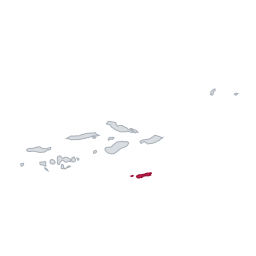 Rennell-Bellona, Rennell and Bellona, Solomon Islands shown in context, rotated 319°
{"feature_id": "97153195B87172178268345", "entity_name": "Rennell-Bellona", "entity_type": "district", "adm_level": 2, "iso_a3": "SLB", "parent_name": "Solomon Islands", "parent_adm1": "Rennell and Bellona", "projection": "mercator", "projection_center": [160.218, -11.577], "detail": "fine", "context": "in_parent", "style": "filled", "palette": "rose", "viewbox_px": 256, "rotation_deg": 319, "n_neighbors": 0, "source": "geoboundaries", "source_scale": "gbopen_adm2", "svg_char_len": 5660}
<svg xmlns="http://www.w3.org/2000/svg" viewBox="0 0 256 256"><g transform="rotate(319 128 128)"><path d="M98.8,128.3L103.0,131.4L104.8,131.1L110.2,131.2L113.4,133.4L115.3,134.4L116.3,136.3L117.6,136.8L118.4,137.8L118.9,139.6L116.9,140.5L115.7,140.8L112.6,140.2L109.6,138.8L103.6,138.6L100.8,138.2L99.8,137.7L98.9,137.0L97.5,135.3L96.4,133.3L96.2,132.1L96.2,129.9L96.5,129.1L97.6,128.3L98.8,128.3ZM117.6,110.1L122.3,115.8L122.1,116.8L121.4,117.4L121.3,119.3L121.8,120.1L123.1,120.4L125.3,122.4L126.2,125.7L127.1,126.8L127.2,129.2L129.2,132.5L129.4,134.1L129.2,134.8L128.3,134.4L125.9,130.6L123.1,129.0L122.8,128.3L119.9,126.1L118.0,122.5L116.0,115.9L116.9,114.4L114.6,111.2L114.7,110.4L116.4,110.5L116.7,110.2L117.6,110.1ZM100.7,113.0L101.3,114.7L98.8,113.2L96.9,111.2L91.4,109.1L90.2,108.0L89.2,107.9L86.4,106.1L83.7,104.9L81.6,102.8L80.6,102.4L78.9,100.7L77.2,99.6L76.6,97.6L75.0,96.2L74.6,95.5L79.8,96.7L82.2,98.9L84.2,100.2L84.9,101.1L86.8,102.3L88.5,102.4L90.1,103.7L91.7,104.1L92.9,104.7L100.6,110.4L99.7,111.9L100.7,113.0ZM135.7,149.6L138.1,150.7L139.5,150.5L141.5,151.3L143.1,150.8L144.0,151.8L146.5,155.7L146.5,157.0L148.1,157.9L146.7,158.1L144.9,157.6L143.4,157.9L141.9,157.2L139.3,156.8L137.1,155.9L132.4,153.0L132.4,151.6L131.7,150.9L131.4,149.1L129.8,148.5L127.8,148.4L127.7,147.6L128.0,146.1L129.5,146.1L131.2,146.7L135.7,149.6ZM56.3,91.5L56.9,92.1L55.5,93.3L53.6,92.7L53.1,91.7L51.8,91.9L49.1,91.3L45.4,88.6L41.5,83.5L37.7,80.7L37.0,79.8L36.9,78.4L37.4,77.8L39.8,78.4L42.8,80.8L47.8,83.2L49.1,84.4L50.0,87.4L50.8,88.3L53.5,90.5L56.3,91.5ZM61.5,108.8L62.7,110.3L64.1,113.8L63.8,115.0L62.8,115.0L62.6,115.8L61.3,114.1L59.5,113.6L58.2,112.6L57.7,109.3L56.7,109.1L53.8,109.4L52.9,110.5L51.6,110.1L51.3,109.1L51.5,108.2L53.2,107.2L53.6,106.0L55.3,103.9L56.4,103.5L58.4,104.3L58.7,107.3L59.4,108.3L61.5,108.8ZM114.3,176.6L113.0,177.2L111.8,176.9L110.9,176.4L110.2,174.9L108.6,174.0L106.3,173.6L105.2,172.7L103.6,172.4L103.1,171.6L103.3,170.8L103.5,170.3L105.0,170.7L112.0,174.6L114.3,176.6ZM41.3,102.7L41.0,103.0L40.3,101.9L39.9,101.6L39.9,100.5L38.0,98.6L37.9,97.3L39.0,96.1L40.4,96.8L41.9,98.4L43.6,98.9L43.3,100.0L41.7,101.8L41.3,102.7ZM50.8,105.7L50.0,106.5L48.0,106.4L46.4,104.4L46.4,103.0L47.6,101.7L49.1,101.4L49.9,101.9L50.7,103.0L51.0,104.5L50.8,105.7ZM68.0,117.1L66.2,118.6L64.8,118.1L63.7,116.9L64.3,114.9L65.4,114.5L65.9,113.8L68.0,114.3L68.5,114.7L67.3,115.7L67.9,116.4L68.0,117.1ZM218.7,156.7L215.6,157.1L214.4,158.4L212.8,158.3L212.3,157.2L212.3,156.6L213.1,156.7L213.6,155.6L214.5,155.1L216.6,154.8L219.2,155.4L218.6,156.4L218.7,156.7ZM132.6,135.1L132.7,137.8L131.3,136.3L130.6,136.8L130.0,136.1L130.1,132.9L129.1,129.9L129.9,130.2L132.6,135.1ZM54.5,117.7L54.5,118.0L53.5,117.4L51.2,114.9L51.6,114.0L53.7,112.4L54.3,112.1L54.9,113.2L54.4,114.7L53.7,115.1L53.4,116.5L54.5,117.7ZM106.7,123.1L108.3,123.3L111.2,125.8L110.5,126.6L109.2,126.2L108.7,126.4L108.3,125.5L106.8,124.7L105.5,124.7L105.3,123.8L106.7,123.1ZM88.3,125.5L86.1,125.2L85.4,124.6L86.2,123.6L87.2,123.0L88.1,123.6L89.0,123.7L89.1,124.9L88.3,125.5ZM25.4,87.1L23.5,87.5L22.4,86.9L22.9,85.5L23.5,84.7L25.9,86.0L25.4,87.1ZM97.7,113.8L96.8,114.1L95.4,113.4L94.9,112.7L95.1,111.7L95.9,111.4L96.8,112.0L96.9,112.7L97.7,113.8ZM233.6,174.0L232.0,174.3L231.3,174.3L230.2,172.6L231.0,172.2L232.3,172.4L232.6,173.3L233.6,174.0ZM59.3,118.6L59.3,119.2L58.2,119.0L55.8,118.0L55.7,117.6L57.1,117.4L58.1,117.5L59.3,118.6ZM39.9,106.0L39.5,107.9L38.6,105.5L38.8,103.6L39.1,103.4L39.9,106.0ZM70.7,119.3L69.3,119.8L68.9,119.1L69.9,117.0L70.7,119.3Z" fill="#d9dde1" stroke="#a8b0b8" stroke-width="1"/><path d="M115.9,177.2L115.7,177.0L115.6,176.8L115.5,176.7L115.3,176.7L115.2,176.5L114.9,176.4L114.7,176.4L114.5,176.2L114.4,176.2L114.2,176.1L113.9,175.9L113.7,175.7L113.4,175.4L113.1,175.2L112.9,174.9L112.7,174.7L112.4,174.7L112.2,174.6L111.8,174.5L111.6,174.5L111.5,174.4L111.3,174.2L111.2,174.2L110.9,174.1L110.6,174.1L110.4,174.1L110.2,174.0L109.9,173.8L109.5,173.7L109.4,173.6L109.2,173.4L109.0,173.2L108.9,173.2L108.6,173.0L108.3,172.8L107.8,172.3L107.5,172.2L107.4,172.1L107.2,172.0L106.9,172.0L106.7,171.9L106.4,171.8L106.1,171.3L106.0,171.1L105.8,170.9L105.3,170.6L105.1,170.6L104.8,170.6L104.6,170.6L104.4,170.5L104.0,170.3L103.9,170.3L103.7,170.2L103.4,170.1L103.2,170.2L103.2,170.3L102.9,170.4L103.0,170.5L102.9,170.5L102.8,170.8L102.7,170.8L102.6,171.0L102.7,171.3L102.8,171.3L102.8,171.5L103.0,171.7L103.0,171.8L102.9,171.9L103.0,172.0L103.3,172.4L103.5,172.5L103.7,172.8L103.8,172.8L104.0,173.0L104.4,172.9L104.5,172.8L104.8,172.8L105.0,172.9L105.0,173.0L105.2,173.3L105.2,173.5L105.3,173.6L105.6,173.5L105.8,173.6L105.9,173.8L106.0,173.9L106.0,174.0L106.2,173.9L106.3,173.9L106.4,174.0L106.5,174.1L106.8,174.3L107.1,174.4L107.3,174.4L107.5,174.3L107.8,174.4L108.1,174.4L108.2,174.2L108.3,174.2L108.5,173.9L108.8,173.9L109.0,173.9L109.0,174.0L109.3,174.1L109.5,174.3L109.5,174.5L109.5,174.8L109.4,174.9L109.3,175.0L109.2,175.0L109.3,175.2L109.4,175.3L109.5,175.2L109.8,175.1L110.0,175.1L110.3,175.1L110.5,175.1L110.6,175.3L110.8,175.3L111.0,175.5L111.3,175.8L111.2,176.0L111.3,176.0L111.5,176.2L111.5,176.3L111.6,176.5L111.7,176.8L111.8,177.1L112.0,177.3L112.3,177.4L112.5,177.4L112.6,177.5L112.8,177.6L113.1,177.4L113.3,177.4L113.4,177.5L113.5,177.5L113.6,177.8L113.9,178.1L114.0,178.2L114.2,177.9L114.2,177.7L114.4,177.5L114.4,177.4L114.5,177.2L114.8,177.1L115.1,177.2L115.2,177.3L115.3,177.3L115.5,177.4L115.6,177.5L115.8,177.4L115.9,177.2ZM100.4,167.2L100.2,167.0L99.9,166.9L99.7,166.8L99.6,166.7L99.4,166.7L99.2,166.6L98.9,166.5L99.0,166.8L99.3,167.0L99.5,167.2L99.9,167.3L100.1,167.3L100.4,167.3L100.4,167.2Z" fill="#f43f5e" stroke="#9f1239" stroke-width="1.5"/></g></svg>